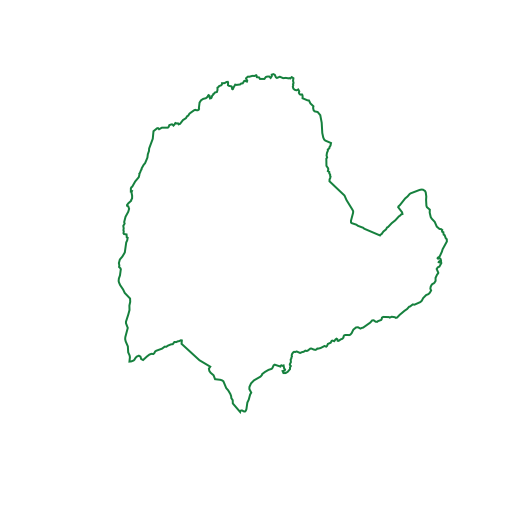 Chiuta, Tete, Mozambique (Equal Earth projection), rotated 39°
{"feature_id": "85939544B4853369515096", "entity_name": "Chiuta", "entity_type": "district", "adm_level": 2, "iso_a3": "MOZ", "parent_name": "Mozambique", "parent_adm1": "Tete", "projection": "equal_earth", "projection_center": [33.513, -15.51], "detail": "fine", "context": "isolated", "style": "outline", "palette": "green", "viewbox_px": 512, "rotation_deg": 39, "n_neighbors": 0, "source": "geoboundaries", "source_scale": "gbopen_adm2", "svg_char_len": 6137}
<svg xmlns="http://www.w3.org/2000/svg" viewBox="0 0 512 512"><g transform="rotate(39 256 256)"><path d="M152.4,344.4L153.9,347.8L155.7,349.3L156.5,350.7L158.5,350.9L159.3,351.4L162.5,356.7L163.6,359.8L165.0,361.9L166.2,362.8L168.7,364.1L173.9,365.7L177.2,367.3L184.9,368.3L187.1,370.8L188.8,374.2L191.7,377.6L193.6,381.9L196.3,388.9L197.3,390.1L201.6,392.6L205.5,401.3L206.6,402.9L208.5,404.4L213.3,406.9L217.3,411.3L220.3,412.8L221.7,414.0L224.1,417.7L225.4,416.4L226.6,414.3L226.8,413.3L226.5,411.2L226.6,409.3L227.7,407.2L229.5,406.9L231.6,408.3L233.7,407.9L234.5,402.6L235.2,399.7L236.3,397.8L237.9,396.8L238.1,395.5L237.7,393.7L238.1,392.4L241.3,387.1L242.1,383.9L243.4,383.0L244.0,381.0L245.6,378.1L246.8,376.9L246.7,374.2L248.3,373.0L248.8,371.7L249.8,370.6L250.7,368.7L251.5,368.3L253.4,371.1L277.7,372.6L290.1,370.8L290.3,373.2L292.1,374.7L294.2,375.3L298.1,375.4L301.7,377.5L306.3,374.6L308.0,374.0L309.5,373.9L316.0,377.4L318.9,377.9L322.9,379.4L324.9,380.6L326.3,382.0L328.6,382.7L330.8,385.2L341.8,387.2L341.3,386.2L341.7,385.4L342.4,384.8L344.5,384.4L345.3,383.8L345.4,382.6L344.9,381.0L341.5,375.3L340.8,372.3L338.6,367.3L338.3,365.2L334.6,363.6L333.3,361.9L332.3,358.1L332.7,353.9L335.4,346.9L335.5,344.8L335.1,343.9L335.9,340.5L337.4,336.6L339.2,333.8L339.2,332.6L338.5,329.9L338.9,328.7L344.5,326.6L344.2,325.8L344.5,325.0L345.7,324.7L346.3,323.7L348.8,325.8L350.0,325.9L350.4,327.0L349.1,328.7L351.0,329.7L352.7,328.3L353.5,326.1L353.6,322.5L352.5,321.1L352.3,319.6L350.8,319.3L350.4,318.8L349.9,316.5L348.1,314.6L348.0,313.5L347.3,312.4L347.2,311.5L346.2,310.7L345.6,309.1L345.6,307.3L345.9,306.5L346.9,305.9L347.7,304.6L351.3,303.6L352.4,301.5L353.3,300.5L353.9,298.5L354.9,298.1L355.7,297.2L356.5,293.8L357.2,293.1L359.9,292.3L361.3,291.5L361.8,290.5L361.9,289.3L362.5,289.0L364.1,286.9L365.9,282.8L367.6,282.3L367.8,281.3L367.2,279.1L368.6,276.4L368.2,274.3L368.7,273.6L370.4,273.0L370.3,270.8L370.6,269.6L371.6,269.5L372.8,270.5L373.6,270.0L374.4,267.3L375.2,266.0L375.3,264.4L374.6,263.2L374.5,262.2L375.1,261.2L378.4,258.6L378.8,257.7L378.9,255.8L378.0,252.0L378.7,248.6L380.1,247.2L382.8,246.7L383.5,245.3L384.3,244.3L386.7,235.8L386.8,233.0L387.9,231.9L390.3,231.8L391.6,230.9L391.8,229.8L393.5,227.0L393.5,226.3L392.7,224.6L393.2,223.3L397.8,219.8L398.7,219.7L399.7,217.8L402.4,216.2L403.6,216.1L404.4,215.0L404.7,211.2L405.9,205.1L406.8,202.1L406.9,199.1L407.5,198.3L408.3,195.0L409.8,194.1L412.7,188.4L413.0,186.5L412.4,183.5L412.8,179.3L414.0,177.1L414.2,175.2L413.8,172.6L412.1,171.7L411.1,170.0L410.7,168.3L410.7,166.7L411.3,165.6L411.5,164.5L411.2,162.3L409.3,160.0L408.4,156.4L408.5,154.9L408.2,154.3L404.6,152.4L404.4,150.4L405.2,148.9L404.5,144.9L403.2,143.8L402.4,144.7L402.4,145.7L401.8,145.8L401.7,145.3L402.5,143.0L401.4,142.2L400.1,142.1L399.2,143.5L398.5,143.4L398.4,142.8L398.9,141.6L398.9,140.2L397.7,135.5L396.8,133.4L395.2,124.6L393.7,122.9L392.3,122.8L389.5,121.1L388.4,121.3L386.6,119.6L385.6,120.0L384.8,119.5L384.4,118.6L383.1,118.6L381.5,119.5L378.0,119.4L373.4,117.0L369.0,116.4L367.3,115.8L363.7,113.0L361.9,110.6L358.1,110.5L356.8,109.7L352.9,105.4L350.9,102.6L347.8,99.7L346.3,99.1L344.0,99.4L342.7,100.3L341.5,101.8L336.8,109.9L336.4,111.1L336.3,114.4L335.7,117.4L335.8,126.0L335.5,127.7L335.8,128.6L342.0,130.1L343.4,131.2L342.6,132.5L342.6,133.9L342.1,135.3L341.8,140.6L340.8,145.1L340.4,150.4L339.9,151.4L340.3,153.5L339.6,156.8L339.8,160.1L339.3,161.0L339.4,162.0L322.9,166.7L321.6,166.6L316.2,168.4L314.3,168.5L309.5,170.3L308.7,170.1L307.6,168.8L304.3,161.4L303.3,160.0L301.7,159.3L291.2,155.6L286.7,153.3L266.1,151.7L264.9,150.1L264.7,148.9L263.9,147.3L263.3,147.2L262.3,146.0L261.0,145.7L260.1,144.6L258.4,144.8L257.6,143.1L256.9,142.5L254.0,141.6L249.4,136.1L249.3,134.7L247.6,133.5L246.2,131.1L245.6,128.9L244.8,128.1L245.2,126.2L244.6,125.2L244.4,123.3L243.2,121.0L237.2,122.7L235.7,122.6L233.7,121.6L230.1,118.7L223.2,111.1L217.3,106.1L213.3,105.3L210.5,106.7L209.1,106.5L207.2,105.0L206.4,103.5L202.3,103.2L199.3,101.8L198.1,102.6L192.9,104.1L191.5,102.3L190.5,101.6L190.0,101.5L189.2,102.5L188.2,102.8L186.6,102.2L186.0,100.8L184.0,100.0L183.4,101.5L182.9,101.9L181.4,102.5L179.7,102.4L178.1,101.3L177.4,99.7L176.6,99.2L176.3,97.9L174.6,96.6L173.2,94.3L171.2,94.5L170.9,96.5L169.9,96.8L169.6,97.4L167.1,98.8L165.2,100.7L161.7,101.7L160.2,104.5L159.0,104.6L156.6,103.4L155.1,103.7L154.1,105.2L155.1,106.3L155.3,108.4L153.3,108.2L151.7,109.6L151.0,110.8L151.1,113.1L147.7,115.9L146.0,115.3L144.1,116.5L142.8,115.4L142.3,115.4L141.6,117.0L139.9,118.2L137.9,121.0L136.9,121.6L136.4,123.7L136.6,124.4L138.9,125.3L139.2,126.2L137.0,126.9L136.7,127.4L137.0,130.2L135.9,131.3L135.7,132.7L133.2,135.3L132.0,135.9L132.6,139.6L133.0,140.6L132.9,141.1L132.3,141.2L130.7,139.7L130.2,139.6L127.9,140.8L126.7,140.9L125.1,138.7L124.5,138.4L123.6,139.3L122.8,141.4L120.9,143.1L121.4,143.6L121.6,145.1L120.4,147.2L120.5,148.2L120.1,149.4L121.6,151.2L122.4,153.1L121.1,155.0L121.3,156.1L120.9,157.0L121.2,157.5L121.1,159.2L121.8,160.9L121.8,161.6L121.1,162.5L119.0,160.7L117.9,160.8L117.8,161.5L118.3,162.8L118.0,163.2L118.0,164.0L117.7,165.0L116.1,167.1L115.3,169.5L115.6,172.3L118.6,177.1L119.2,177.5L119.4,178.5L119.0,179.4L117.7,180.4L117.0,180.5L116.3,181.4L115.2,185.2L114.7,187.3L115.0,189.6L114.5,190.7L114.8,193.0L113.7,196.3L113.8,201.1L113.0,202.4L112.0,202.0L110.7,203.1L109.8,203.2L109.6,203.9L109.9,204.7L109.8,206.6L108.2,206.4L107.5,206.9L106.3,208.8L106.9,210.8L106.7,211.8L102.1,215.5L100.9,218.5L99.4,218.3L98.8,218.9L97.8,223.5L102.0,229.9L105.3,239.7L106.7,241.7L107.9,245.0L109.7,247.9L111.4,253.7L111.3,255.7L112.0,259.9L112.6,260.8L112.6,261.7L113.5,264.4L113.5,265.5L114.2,266.1L115.3,268.6L115.2,274.1L116.2,280.0L115.9,281.1L116.2,282.2L118.1,284.6L118.8,283.8L119.3,285.0L121.9,287.2L123.5,289.3L123.7,290.9L124.2,291.6L123.6,295.5L123.7,297.6L124.2,298.1L125.5,297.8L127.7,299.2L128.9,302.1L129.9,307.6L132.2,312.6L133.5,313.5L133.9,316.1L135.8,317.8L136.7,319.4L137.6,319.9L138.7,321.7L139.6,322.0L141.8,320.7L143.8,322.8L144.8,322.6L146.1,325.0L146.6,327.1L151.8,335.8L152.5,340.5L152.4,344.4Z" fill="none" stroke="#15803d" stroke-width="2"/></g></svg>